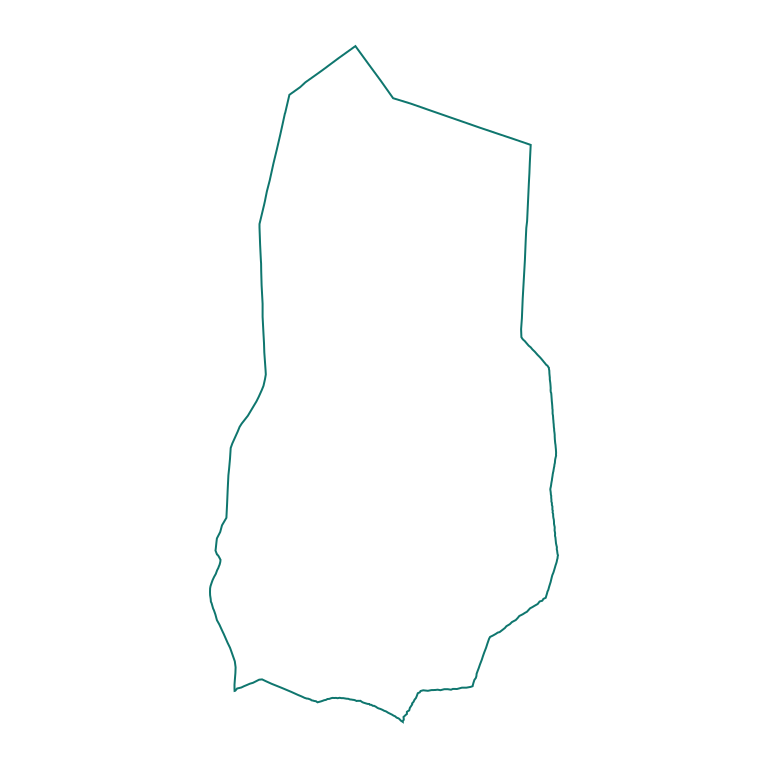 Koungheul, Kaffrine, Senegal
{"feature_id": "50182788B42114348275286", "entity_name": "Koungheul", "entity_type": "district", "adm_level": 2, "iso_a3": "SEN", "parent_name": "Senegal", "parent_adm1": "Kaffrine", "projection": "natural_earth1", "projection_center": [-14.806, 14.237], "detail": "fine", "context": "isolated", "style": "outline", "palette": "teal", "viewbox_px": 768, "rotation_deg": 0, "n_neighbors": 0, "source": "geoboundaries", "source_scale": "gbopen_adm2", "svg_char_len": 5686}
<svg xmlns="http://www.w3.org/2000/svg" viewBox="0 0 768 768"><path d="M234.6,690.9L235.3,690.7L237.1,688.5L241.3,687.5L244.0,686.2L246.9,685.0L249.9,683.7L253.0,682.8L259.1,679.7L262.1,679.4L266.3,681.4L271.6,683.8L281.8,687.9L291.3,691.9L298.8,695.3L299.5,695.5L300.0,695.8L300.6,696.0L301.5,696.4L302.6,696.9L303.5,697.3L304.4,697.8L306.0,698.3L306.9,698.6L307.9,698.6L310.7,699.6L311.5,700.3L313.1,700.6L314.3,701.0L315.9,701.2L317.5,702.3L319.4,701.8L320.9,701.4L322.4,700.9L324.2,700.2L325.9,699.9L327.5,699.0L329.2,698.9L331.2,698.2L332.4,697.9L334.3,698.0L336.0,697.9L337.6,698.2L339.7,697.8L341.2,698.1L343.1,698.1L344.8,698.4L346.5,698.7L348.3,698.8L349.8,699.4L351.8,699.6L353.2,699.9L353.9,699.9L354.8,700.2L355.5,700.4L356.3,700.9L356.6,701.0L357.8,700.8L358.1,700.8L359.0,700.9L360.4,700.8L361.8,701.8L362.6,702.3L364.0,702.8L365.9,703.4L367.6,703.9L369.3,704.0L369.8,704.7L371.5,704.9L372.3,705.5L373.1,705.9L374.0,705.8L375.8,706.7L377.5,707.9L378.6,708.4L380.3,708.9L382.6,709.9L384.2,710.8L385.5,711.2L386.4,711.6L387.9,712.6L389.7,713.5L392.3,714.8L393.3,715.5L395.3,716.4L396.3,717.4L397.1,717.8L397.3,718.0L398.0,718.1L399.2,718.8L400.0,719.7L401.3,721.0L402.1,721.4L402.8,721.9L402.8,721.1L403.1,720.5L403.7,719.9L403.8,719.4L403.5,717.0L404.8,715.8L405.6,715.0L406.9,714.0L406.9,711.9L407.5,711.4L409.2,710.4L409.9,707.8L410.8,706.5L412.2,704.4L412.1,703.4L413.5,701.9L414.6,699.6L415.9,698.1L416.9,695.7L417.8,693.2L419.7,692.4L420.6,691.0L421.0,690.9L423.2,690.3L425.1,690.5L427.9,690.8L431.4,690.1L435.1,690.0L437.7,689.7L440.4,690.2L444.3,689.2L447.8,689.2L451.0,689.7L453.0,688.9L457.0,689.0L461.8,687.7L466.2,687.7L470.6,686.9L472.3,686.3L472.6,686.2L472.9,684.9L473.4,683.0L474.4,679.9L475.8,678.0L476.4,676.1L476.6,673.8L477.7,670.8L478.7,668.2L480.0,664.4L481.7,660.0L482.1,658.8L483.0,656.0L484.3,652.3L486.1,647.7L487.4,643.6L489.1,638.7L490.1,636.9L492.6,635.7L495.8,633.9L497.7,632.6L499.6,632.1L502.6,629.8L504.9,628.0L506.4,626.2L509.8,624.2L511.9,622.1L514.5,620.7L515.7,620.1L517.6,618.1L519.3,616.0L522.7,614.3L525.2,612.7L526.9,611.8L530.1,608.3L532.2,607.2L534.7,605.7L537.7,604.0L539.6,601.5L542.3,600.7L543.4,598.9L545.7,597.8L546.2,596.1L547.0,593.5L547.5,591.5L548.3,589.9L549.1,586.9L549.9,584.3L550.6,582.1L551.2,579.6L551.8,577.1L552.3,575.2L553.4,572.6L554.0,570.7L554.5,569.0L555.0,567.3L555.6,565.2L556.2,563.5L556.7,561.8L557.1,559.7L557.5,558.4L557.7,556.4L558.0,555.2L557.8,554.8L557.6,554.3L557.5,553.7L557.3,552.3L557.1,550.5L556.8,549.6L556.8,548.0L556.9,547.1L556.6,546.1L556.0,543.4L555.8,541.4L555.6,539.4L555.4,537.3L555.0,535.9L555.1,533.1L554.6,530.5L554.7,527.1L554.4,525.8L554.0,523.8L554.0,521.9L553.8,519.6L553.4,517.9L553.2,516.5L553.1,513.9L552.6,512.5L552.8,510.7L552.4,509.8L552.4,506.4L551.9,505.0L551.9,503.0L551.4,501.5L551.4,499.4L551.2,497.9L551.2,495.7L550.9,494.8L550.8,493.5L550.7,492.2L550.5,490.8L550.3,489.6L550.4,488.5L550.8,486.8L551.0,485.6L551.2,484.3L551.3,483.4L551.7,481.2L551.9,480.3L552.0,479.1L552.3,477.3L552.6,475.4L552.7,474.4L552.8,473.8L552.9,473.5L553.0,472.8L553.1,472.2L553.4,471.3L553.4,471.0L553.6,469.8L554.0,467.4L554.3,466.3L554.4,464.9L554.9,462.8L555.0,461.2L555.2,459.4L555.6,457.6L555.9,456.4L556.1,455.6L556.0,455.1L556.0,454.3L556.1,452.9L556.0,451.1L555.9,449.3L555.7,447.3L555.5,444.9L555.2,443.1L555.0,440.9L554.8,438.8L554.8,438.1L554.7,436.8L554.7,435.0L554.5,432.9L554.2,430.8L554.1,428.6L553.9,427.5L553.8,426.2L553.7,424.2L553.5,422.6L553.4,420.8L553.2,419.0L553.1,417.3L553.0,415.8L552.8,414.7L552.6,413.6L552.6,412.7L552.6,411.4L552.6,409.8L552.4,408.7L552.3,406.6L552.2,405.2L552.1,404.0L551.8,401.0L551.7,399.3L551.6,398.1L551.5,396.7L551.4,395.2L551.2,393.0L550.8,392.2L550.6,390.2L550.7,388.2L550.5,385.4L550.3,383.0L550.1,381.5L549.8,379.4L549.8,377.5L549.6,375.6L549.4,373.4L549.3,370.7L548.9,368.6L548.9,367.8L548.2,366.9L547.4,365.6L546.3,364.9L544.7,362.9L543.5,361.5L543.0,360.8L542.5,360.3L542.4,360.1L540.8,358.2L539.7,357.0L537.4,354.7L534.8,351.7L532.4,349.4L530.7,347.3L528.7,345.7L526.9,343.6L524.7,341.0L523.4,339.9L522.5,338.9L521.4,337.2L521.1,329.2L521.9,318.2L522.7,298.8L523.8,279.5L524.9,260.1L525.7,240.7L526.3,228.0L527.1,221.2L528.0,201.9L528.9,182.5L529.4,173.2L529.8,163.1L530.7,144.9L514.1,139.2L496.8,133.4L479.6,127.6L462.4,121.6L452.0,118.0L451.7,117.9L445.1,115.6L428.4,109.8L410.7,103.6L393.1,98.2L380.8,80.8L368.3,63.8L355.4,46.1L338.5,58.2L322.0,70.5L305.4,82.3L300.2,87.1L289.4,94.8L285.4,112.0L285.2,112.9L284.9,113.5L282.4,125.0L280.1,135.4L276.8,149.6L273.5,163.2L269.7,180.5L266.9,191.3L265.4,198.7L265.1,200.3L264.2,204.4L259.5,224.0L259.5,227.5L259.8,235.9L260.1,244.4L260.5,252.8L260.9,260.7L261.1,263.6L261.2,270.8L261.4,278.0L261.6,285.2L262.6,303.8L262.6,316.8L263.5,334.1L264.0,343.1L264.3,352.4L265.6,370.7L265.8,374.5L265.0,379.1L263.5,385.8L261.8,390.0L258.7,396.9L256.3,401.7L255.9,402.3L255.6,402.8L255.2,403.5L254.4,404.8L250.7,411.0L247.9,415.7L241.7,423.6L239.6,426.9L237.6,431.8L237.0,433.1L232.3,443.5L230.7,448.0L230.0,458.8L229.1,468.7L228.4,475.3L227.7,489.4L227.1,503.6L226.4,517.8L222.0,525.3L220.2,532.0L216.9,538.4L216.5,541.7L215.7,549.2L215.5,550.5L216.9,554.3L217.1,554.3L218.4,555.9L219.9,558.6L220.4,559.7L220.5,559.8L220.3,561.9L219.6,564.7L218.9,566.3L218.3,568.0L217.1,570.3L215.8,573.9L214.1,576.9L212.6,580.1L211.8,582.3L210.5,586.2L210.1,588.4L210.0,591.9L210.1,595.2L210.7,599.1L210.9,601.7L211.6,603.2L213.1,608.5L213.9,610.2L215.4,614.5L216.9,620.1L219.4,624.6L221.9,630.1L223.4,633.3L223.4,633.2L227.6,642.8L230.0,647.7L230.3,648.5L231.9,653.0L234.8,661.3L235.6,667.3L235.4,673.0L234.8,680.5L234.5,684.6L234.5,689.2L234.6,690.9Z" fill="none" stroke="#0f766e" stroke-width="2"/></svg>